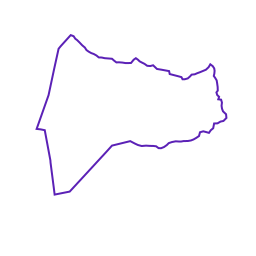 outline of Serrolândia, Bahia, Brazil, rotated 288°
{"feature_id": "56859067B30551948339196", "entity_name": "Serrolândia", "entity_type": "district", "adm_level": 2, "iso_a3": "BRA", "parent_name": "Brazil", "parent_adm1": "Bahia", "projection": "albers", "projection_center": [-40.233, -11.447], "detail": "fine", "context": "isolated", "style": "outline", "palette": "violet", "viewbox_px": 256, "rotation_deg": 288, "n_neighbors": 0, "source": "geoboundaries", "source_scale": "gbopen_adm2", "svg_char_len": 1600}
<svg xmlns="http://www.w3.org/2000/svg" viewBox="0 0 256 256"><g transform="rotate(288 128 128)"><path d="M42.0,78.8L49.5,92.2L99.1,115.0L103.8,117.1L106.3,118.2L116.2,134.2L115.7,137.1L115.3,139.5L114.9,142.7L115.1,146.6L116.8,150.6L117.8,154.5L118.7,157.4L119.3,160.4L118.3,163.3L119.0,165.7L121.0,168.1L123.8,170.2L126.2,171.4L128.2,174.1L130.1,177.5L130.8,180.3L131.5,182.6L132.8,185.0L134.1,188.9L135.6,191.7L137.3,193.8L139.6,195.9L142.3,198.0L146.2,197.8L148.1,200.6L148.3,203.9L148.4,206.5L151.4,207.4L154.1,209.1L156.5,208.8L158.9,208.5L160.1,211.7L162.7,214.0L164.2,216.6L168.0,218.5L171.4,217.0L173.2,213.2L175.5,211.4L178.1,210.1L181.2,209.5L183.7,207.8L183.2,205.0L185.8,205.0L187.0,202.6L189.2,201.1L191.3,201.8L194.7,200.6L198.2,198.9L200.7,197.6L202.7,195.3L204.0,193.5L206.4,193.3L209.1,192.7L211.3,191.6L213.0,189.5L214.0,186.6L210.8,185.9L207.5,184.1L205.7,182.0L203.3,179.2L201.5,176.9L199.7,174.9L198.4,172.0L196.3,171.1L193.6,169.5L191.9,166.9L191.2,164.8L192.9,163.1L192.7,159.0L192.2,151.0L194.8,149.5L193.8,141.9L193.1,137.3L195.4,132.5L193.8,130.0L193.1,127.0L194.1,123.9L194.6,120.6L195.0,118.4L196.0,116.4L196.8,113.9L194.7,112.3L190.8,110.8L189.8,108.1L189.0,105.7L188.5,102.5L187.7,99.1L186.8,96.7L187.8,93.9L188.9,91.4L188.1,88.0L187.2,84.3L186.9,81.2L186.1,78.4L187.2,75.6L187.8,72.6L187.9,69.8L188.5,66.9L189.3,64.4L191.2,62.1L192.5,58.9L194.5,55.2L195.9,52.4L196.6,50.3L198.5,47.9L198.6,44.8L185.0,38.7L181.9,37.5L161.4,39.5L134.7,42.3L98.9,41.4L99.7,45.3L100.2,49.5L73.2,64.2L71.2,65.0L48.2,75.9L42.0,78.8Z" fill="none" stroke="#5b21b6" stroke-width="2"/></g></svg>